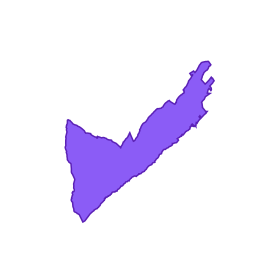 Teolocholco, Tlaxcala, Mexico, rotated 128°
{"feature_id": "50627088B11304069898900", "entity_name": "Teolocholco", "entity_type": "district", "adm_level": 2, "iso_a3": "MEX", "parent_name": "Mexico", "parent_adm1": "Tlaxcala", "projection": "orthographic", "projection_center": [-98.142, 19.211], "detail": "fine", "context": "isolated", "style": "filled", "palette": "violet", "viewbox_px": 256, "rotation_deg": 128, "n_neighbors": 0, "source": "geoboundaries", "source_scale": "gbopen_adm2", "svg_char_len": 5750}
<svg xmlns="http://www.w3.org/2000/svg" viewBox="0 0 256 256"><g transform="rotate(128 128 128)"><path d="M229.9,105.7L227.7,104.8L219.0,105.0L215.6,104.4L214.0,103.9L213.6,104.2L211.2,103.3L211.0,103.0L210.6,102.7L209.8,102.8L208.5,102.4L207.7,102.6L206.4,102.3L204.3,102.9L203.3,102.6L202.8,102.6L201.0,102.3L200.0,102.4L199.6,102.1L198.8,102.4L198.1,103.1L197.7,103.1L197.4,102.5L196.9,102.8L195.9,102.8L195.7,102.5L195.8,102.3L195.7,102.0L195.2,102.0L194.7,101.8L194.1,101.9L193.8,101.4L193.5,101.5L193.4,101.3L192.9,101.3L192.5,101.1L192.3,100.8L192.1,100.7L191.1,100.9L190.5,100.5L190.2,100.7L189.4,100.6L188.7,100.9L188.3,100.9L187.7,100.3L187.1,99.9L186.9,99.4L186.5,99.3L186.5,99.1L186.2,98.8L185.7,98.9L185.4,98.8L185.3,98.5L184.8,98.4L184.5,97.8L182.8,98.3L181.7,97.7L179.4,97.5L178.1,97.8L177.9,97.3L176.8,96.7L176.0,96.8L175.5,96.6L174.7,96.9L174.4,96.9L174.0,96.6L173.1,96.3L172.6,96.5L171.8,96.5L170.6,95.4L169.4,95.4L168.8,94.5L168.2,94.9L166.3,94.8L165.4,94.5L164.9,94.6L163.8,94.4L163.3,94.1L162.9,93.7L162.4,93.7L162.0,93.5L161.2,92.4L161.2,91.9L161.0,91.6L160.4,91.7L159.7,91.4L158.9,91.3L157.4,90.7L157.2,91.1L156.2,89.8L154.2,89.6L153.3,89.2L153.0,88.9L152.0,88.4L151.2,88.6L149.3,88.2L147.9,88.4L145.7,88.4L144.9,88.2L143.8,87.7L142.3,86.8L141.9,86.7L141.2,87.1L140.8,87.1L140.2,87.0L139.5,86.6L138.8,85.9L138.4,85.7L137.7,86.5L136.3,86.4L135.1,86.6L133.3,86.1L131.7,86.2L130.8,86.6L130.3,86.6L129.9,86.9L129.4,86.9L128.4,86.3L128.0,86.1L127.7,85.8L127.4,85.9L127.4,86.1L127.1,86.3L126.6,86.2L125.5,86.7L125.0,86.5L124.6,86.7L124.0,86.7L123.3,86.5L122.6,86.4L121.8,85.3L120.4,85.2L118.5,84.1L117.2,84.1L116.4,83.4L114.9,82.8L114.1,82.7L113.9,83.0L113.0,83.0L112.8,83.4L112.5,83.0L112.0,82.5L111.2,82.2L110.0,81.0L109.5,80.7L106.5,80.7L106.2,81.5L106.2,82.6L104.9,82.3L103.6,81.7L102.5,81.5L101.7,80.9L101.5,81.3L99.7,81.4L99.9,80.4L99.1,80.2L98.3,80.2L97.9,80.3L96.3,80.2L95.9,80.3L95.3,80.3L94.9,80.0L93.9,79.8L92.9,79.1L92.0,79.1L90.9,78.6L90.3,79.1L89.8,79.0L89.0,79.7L88.7,79.4L88.1,79.7L87.5,79.3L87.4,79.1L87.2,79.3L86.8,79.4L86.6,79.9L85.5,79.9L85.3,79.8L85.5,78.8L85.4,78.1L86.6,78.1L86.2,76.8L84.9,76.5L85.1,75.5L84.6,76.0L83.7,76.2L83.2,76.7L81.7,77.5L81.6,76.5L80.6,76.9L80.3,76.7L79.7,76.7L79.3,76.9L77.2,76.8L75.9,76.6L75.4,78.9L74.1,78.9L74.7,76.5L70.3,76.1L68.4,75.6L68.1,76.0L67.7,75.8L66.2,75.8L67.1,77.1L65.9,82.1L65.6,82.2L62.8,85.1L62.5,85.8L60.5,85.9L58.4,85.6L55.7,86.3L50.2,84.6L51.7,87.0L48.6,88.4L46.9,88.5L47.5,85.7L47.1,85.7L46.3,86.0L45.7,86.6L45.7,86.8L45.3,87.0L44.8,88.4L44.6,89.4L40.5,89.0L39.3,89.2L37.8,89.2L36.7,92.1L37.2,92.3L36.7,93.7L40.2,93.6L43.7,93.9L45.9,94.3L44.8,100.0L42.2,100.9L41.3,101.4L40.3,101.6L39.9,101.8L39.6,101.7L39.5,101.8L38.3,102.0L37.7,102.3L35.0,101.9L33.6,101.3L32.1,101.4L30.7,101.7L30.3,102.0L29.7,102.2L28.7,101.6L27.2,101.6L26.1,105.2L26.1,105.9L27.2,106.9L28.0,107.9L30.7,110.1L32.3,110.5L33.2,110.3L34.4,110.4L36.1,110.1L36.9,109.8L38.0,109.8L39.2,109.4L40.1,109.4L41.3,109.3L43.1,109.4L42.7,111.4L46.9,112.9L47.7,110.5L46.4,110.0L46.3,109.9L46.7,109.6L48.0,109.6L49.8,109.2L53.7,109.2L55.0,108.6L57.4,108.1L58.1,107.9L59.6,107.7L61.0,108.0L61.8,107.9L62.3,108.0L63.1,107.8L63.7,108.0L64.1,107.0L64.4,107.2L64.9,105.9L65.2,105.8L65.7,105.5L66.1,105.7L66.5,105.6L66.8,105.9L67.9,106.2L68.6,106.1L69.5,106.7L70.1,106.7L70.8,106.9L72.7,107.1L75.9,106.9L76.5,106.5L77.8,106.1L78.2,105.6L78.5,105.9L78.8,106.0L80.1,105.6L80.4,105.7L80.4,106.0L80.7,106.8L81.1,110.4L81.2,110.7L80.9,112.4L81.4,112.6L82.4,113.2L83.3,113.3L85.1,113.8L86.0,113.9L87.8,113.8L88.6,113.8L89.6,113.4L90.8,113.9L91.9,114.0L93.3,115.2L94.2,116.1L94.6,116.7L95.3,117.0L95.7,116.9L96.4,117.2L97.6,117.2L99.0,117.5L100.9,117.5L102.4,117.8L104.2,117.8L105.5,118.2L107.6,118.3L108.6,118.0L112.4,117.8L114.8,118.8L115.6,118.9L116.5,118.8L117.2,118.8L119.2,118.4L120.2,118.0L122.3,117.7L122.6,117.1L125.5,116.2L126.9,116.2L128.1,115.5L129.0,115.3L131.4,115.4L133.3,115.0L134.1,115.1L135.1,115.6L131.8,121.7L130.6,123.7L131.9,123.5L132.4,123.2L133.1,123.0L133.5,123.2L134.2,122.8L135.0,122.7L136.8,122.7L137.7,123.0L138.2,123.0L139.5,122.8L140.5,122.9L141.2,122.7L141.8,123.0L141.9,122.8L143.0,122.8L144.4,122.2L146.5,122.1L148.1,121.6L148.1,121.9L147.7,122.4L147.8,123.7L147.4,127.8L148.4,132.0L148.3,132.5L147.8,133.2L147.9,134.0L148.3,134.4L149.2,135.9L149.4,136.6L149.7,137.2L149.6,138.7L149.7,139.2L150.0,139.6L150.2,140.7L150.8,141.8L152.0,142.7L152.7,144.9L153.2,145.9L153.4,146.9L153.8,146.8L154.7,146.0L155.1,146.5L154.7,147.3L155.4,148.6L155.7,150.2L156.0,152.6L155.8,153.1L155.9,153.5L155.4,154.0L157.0,156.9L158.1,158.2L157.9,158.5L157.9,159.2L157.4,159.9L157.1,160.8L156.9,163.5L156.9,165.7L157.1,167.3L157.5,168.5L157.4,168.6L157.5,169.4L157.4,169.9L158.3,172.1L158.6,173.5L158.6,174.1L158.2,175.9L158.1,177.1L157.8,178.4L158.3,179.1L158.2,179.6L158.4,180.3L159.2,180.5L161.9,178.5L163.2,178.3L163.7,177.9L164.2,177.9L164.5,177.6L165.5,177.2L166.0,176.0L166.6,175.9L167.7,175.0L168.3,174.1L168.8,173.6L173.5,171.5L174.0,170.7L176.1,169.4L178.6,167.5L179.8,166.4L180.6,166.0L181.5,165.8L182.1,165.4L183.1,164.1L184.2,162.0L185.1,161.7L186.4,159.9L187.2,159.1L187.8,158.7L189.3,157.1L190.4,156.2L190.8,154.6L191.3,153.5L191.2,151.4L191.4,150.8L195.1,147.4L197.6,145.5L198.3,144.4L198.6,143.3L201.1,138.5L202.0,137.9L205.6,136.4L206.8,135.2L208.8,133.8L209.4,132.6L210.3,131.9L211.0,131.6L211.7,131.6L212.0,132.3L213.4,132.1L213.9,131.6L214.3,130.8L214.7,130.4L216.0,130.2L216.6,129.8L217.5,129.6L218.1,128.9L218.6,129.0L219.2,128.6L219.7,128.5L220.6,127.0L220.6,126.0L223.9,122.9L224.8,121.4L226.0,120.0L226.4,119.8L226.9,119.1L227.0,118.4L226.7,117.5L226.5,116.2L226.7,115.3L226.5,115.1L226.4,113.9L226.2,113.2L229.9,105.7Z" fill="#8b5cf6" stroke="#5b21b6" stroke-width="1.5"/></g></svg>